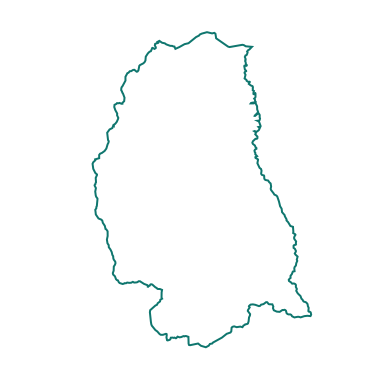 the district of Ilebo, Kasaï-Occidental, Democratic Republic of the Congo, rotated 171°
{"feature_id": "63176286B19501088760626", "entity_name": "Ilebo", "entity_type": "district", "adm_level": 2, "iso_a3": "COD", "parent_name": "Democratic Republic of the Congo", "parent_adm1": "Kasaï-Occidental", "projection": "mercator", "projection_center": [20.49, -5.056], "detail": "fine", "context": "isolated", "style": "outline", "palette": "teal", "viewbox_px": 384, "rotation_deg": 171, "n_neighbors": 0, "source": "geoboundaries", "source_scale": "gbopen_adm2", "svg_char_len": 5990}
<svg xmlns="http://www.w3.org/2000/svg" viewBox="0 0 384 384"><g transform="rotate(171 192 192)"><path d="M110.1,326.0L116.1,327.5L117.9,329.0L119.2,329.5L130.8,329.3L132.3,329.3L133.7,330.0L144.1,340.0L144.1,344.7L145.1,345.7L147.3,345.5L152.2,347.5L157.6,346.9L159.7,346.3L160.6,345.4L163.7,344.4L172.2,339.5L176.2,339.2L181.9,337.1L186.0,336.0L186.6,338.4L187.5,338.6L188.7,339.4L190.7,339.8L194.3,341.8L195.6,343.1L198.2,344.1L200.6,346.4L203.0,345.5L203.0,345.1L201.7,345.0L202.0,344.6L205.2,344.1L205.8,342.6L205.1,340.6L205.4,339.7L206.7,339.2L208.3,340.5L208.7,340.5L210.6,337.5L212.0,337.2L213.9,335.8L216.5,332.9L217.4,329.2L218.4,327.8L219.9,326.7L223.5,325.5L224.3,324.9L225.9,320.5L227.0,319.5L227.9,319.5L229.8,321.7L231.0,321.8L233.2,320.9L234.6,321.0L236.1,319.7L237.2,319.5L239.7,316.2L240.3,312.4L244.1,307.4L245.2,306.4L245.7,305.1L246.0,303.6L245.4,302.2L245.3,301.0L244.8,300.2L243.9,295.7L244.8,292.3L246.7,291.0L246.9,290.1L247.9,290.2L249.6,291.3L250.4,291.1L252.2,291.5L252.8,290.9L254.9,290.2L255.5,288.1L254.9,284.8L253.6,281.2L254.0,279.5L253.2,276.7L253.7,275.6L255.3,273.1L257.1,271.4L258.6,270.7L258.9,269.4L259.4,269.9L260.7,267.6L263.6,266.7L266.5,263.8L266.8,256.5L266.3,255.2L266.8,253.8L267.9,252.3L269.8,248.3L271.9,246.2L274.8,244.7L276.8,244.2L277.9,243.1L278.4,239.9L282.6,239.4L282.5,238.5L284.9,236.8L285.8,235.4L285.9,230.3L284.5,225.9L283.1,224.2L283.2,223.6L284.9,221.0L285.3,216.6L286.1,215.5L286.2,214.9L287.0,214.2L287.2,213.6L286.3,210.9L287.5,207.6L287.6,203.7L287.4,202.3L286.4,200.4L286.5,199.6L288.2,193.0L288.8,192.2L289.1,190.8L290.3,189.6L290.5,184.8L288.5,180.5L285.9,178.9L285.1,177.8L284.9,175.5L283.4,172.2L283.2,169.0L282.5,168.5L281.5,166.4L282.2,161.7L283.5,158.3L283.5,154.5L282.6,152.6L282.8,150.4L281.6,148.1L280.7,145.2L280.5,142.3L279.9,140.9L280.1,139.0L279.9,137.6L278.7,135.2L278.7,133.7L279.4,132.3L280.9,130.6L281.7,126.5L282.9,124.3L282.8,122.8L281.3,120.8L280.7,117.8L279.9,116.7L279.0,116.3L278.4,114.3L277.7,113.4L274.9,112.0L273.6,112.1L273.0,112.5L271.5,112.2L270.2,112.7L268.3,112.1L266.3,111.9L264.5,112.5L263.3,111.6L261.3,111.4L259.9,111.5L258.7,112.2L257.4,112.0L253.7,108.7L250.7,107.0L250.4,106.5L250.5,105.4L250.1,105.3L249.5,106.1L248.6,106.0L247.6,107.1L246.9,107.3L245.7,106.8L242.9,103.4L242.0,102.9L241.6,102.1L240.8,101.5L238.9,101.2L236.9,100.0L237.7,97.6L238.6,92.5L238.2,91.3L240.1,90.6L240.7,88.9L243.3,87.5L244.2,86.1L245.9,85.6L251.8,81.8L252.4,79.9L252.9,70.2L252.9,67.8L252.6,66.3L249.8,61.4L248.1,59.7L246.2,56.7L245.1,55.8L243.0,55.5L240.1,56.0L239.4,55.8L239.3,54.7L240.0,52.3L239.8,49.5L239.2,49.2L237.1,49.5L236.5,49.9L235.7,51.4L233.8,51.2L233.1,50.8L231.9,50.9L231.2,50.2L230.4,50.1L228.9,51.4L227.0,50.4L225.4,50.4L223.0,51.0L222.2,50.6L221.4,50.8L220.3,50.6L218.2,49.5L219.1,42.6L218.8,41.3L217.8,41.0L209.7,41.4L207.2,38.7L202.6,36.5L199.5,37.6L198.1,39.1L195.7,39.2L194.9,40.0L185.2,43.5L179.9,46.5L176.0,47.2L175.0,48.2L174.1,51.8L173.1,52.5L171.4,52.7L169.0,51.5L165.4,51.5L163.3,50.6L162.0,52.1L160.8,52.4L160.3,52.9L158.2,53.0L157.3,53.4L156.3,55.5L155.3,59.2L154.1,61.0L153.7,62.3L155.5,65.8L155.2,66.6L153.1,69.0L153.7,70.1L153.4,70.6L151.8,71.6L149.5,71.5L147.2,70.7L143.7,68.8L142.6,68.9L141.4,69.9L138.9,70.1L136.0,71.6L134.9,71.3L133.9,69.4L133.2,69.0L130.2,68.5L129.6,66.1L130.2,64.7L129.7,62.4L127.0,60.6L124.1,59.9L121.2,61.3L120.3,61.1L119.1,61.2L118.5,60.9L117.8,60.1L117.5,57.4L116.7,56.5L115.8,56.0L114.0,55.7L113.2,55.1L112.6,53.6L110.5,52.1L107.3,52.2L106.0,52.0L104.3,51.2L100.5,51.8L97.5,51.7L94.4,50.9L93.5,52.2L93.6,54.5L94.4,55.3L95.4,55.6L95.7,56.2L94.9,59.3L95.4,61.2L95.4,63.2L96.1,64.5L96.9,65.4L98.8,66.3L99.3,67.1L99.7,68.4L100.6,69.5L101.1,72.2L103.4,75.3L104.5,78.1L103.6,79.8L104.3,82.0L103.9,83.8L104.3,84.8L105.6,85.7L107.4,85.8L108.4,87.3L110.1,88.9L110.2,90.1L109.2,91.1L108.1,91.7L107.8,93.8L106.2,95.3L104.9,97.6L103.1,97.7L102.9,100.7L102.3,101.9L100.9,103.1L100.1,105.5L98.8,107.5L99.1,108.7L97.8,111.7L99.6,114.0L100.1,115.2L98.8,116.8L98.6,117.6L99.3,119.8L100.4,120.9L100.1,123.0L99.6,123.5L97.8,123.7L97.4,124.2L97.5,125.1L96.9,126.9L98.2,129.4L98.4,130.6L97.8,132.0L96.5,133.5L96.7,134.1L98.5,135.6L98.1,137.0L97.7,141.8L100.1,143.0L101.8,147.2L103.1,149.1L102.9,150.2L104.1,153.5L104.1,154.6L106.2,158.0L106.1,161.5L107.2,164.1L107.6,169.1L108.5,174.2L109.2,175.3L111.1,176.6L111.5,177.7L113.6,181.6L113.8,182.8L113.0,185.0L113.0,188.1L114.2,189.6L115.0,191.4L117.4,192.3L118.2,193.0L118.5,194.1L118.2,196.5L118.4,197.1L120.2,197.9L120.7,198.7L120.8,199.5L120.0,202.1L120.2,203.9L121.5,205.3L122.9,210.2L121.7,213.6L121.9,214.1L123.9,215.7L124.0,216.2L123.9,216.6L122.1,217.2L123.6,219.4L123.3,220.7L123.8,221.8L123.8,223.2L123.0,224.1L121.6,224.6L121.5,225.4L122.3,226.5L122.6,228.1L124.3,229.9L124.7,231.2L123.9,232.6L121.0,234.6L119.7,234.4L119.0,234.9L118.7,236.4L120.5,239.1L119.5,240.6L119.9,241.3L121.0,242.3L120.5,242.4L119.4,241.5L118.0,241.7L116.2,242.8L114.7,245.1L115.8,245.2L116.2,245.8L114.2,245.9L113.9,246.4L114.8,251.1L116.2,252.1L114.5,252.0L114.0,252.4L113.3,253.9L113.5,255.2L113.1,257.4L113.5,258.6L114.0,259.0L115.0,259.0L117.7,257.3L118.2,257.4L118.0,257.8L117.0,258.2L115.7,259.5L114.3,259.7L114.1,260.1L114.7,263.4L114.3,266.5L115.1,269.1L115.8,270.1L117.5,269.9L120.1,270.3L119.7,270.7L117.4,270.8L115.2,270.4L114.9,270.9L115.4,271.8L115.4,273.4L116.0,274.5L114.9,275.2L114.4,276.0L113.9,279.3L114.0,279.7L114.6,279.6L115.5,278.9L115.9,279.1L115.9,280.1L115.0,282.1L116.1,283.0L115.7,284.6L115.8,285.1L115.4,286.0L115.7,287.1L117.3,288.1L119.0,289.9L117.7,291.6L117.9,291.9L119.1,291.9L120.6,293.2L120.7,294.2L122.3,295.9L120.8,299.4L121.5,301.5L121.1,302.2L119.6,302.9L119.6,303.4L120.6,304.6L120.7,308.2L120.4,308.6L119.7,308.6L118.9,308.1L118.2,308.3L118.0,308.7L118.8,310.1L118.7,311.8L119.0,312.9L118.6,313.4L118.8,314.0L118.2,314.8L118.7,317.1L117.8,318.5L116.8,318.6L115.9,319.8L115.2,321.4L115.6,322.1L114.7,323.1L113.0,323.8L110.1,326.0Z" fill="none" stroke="#0f766e" stroke-width="2"/></g></svg>